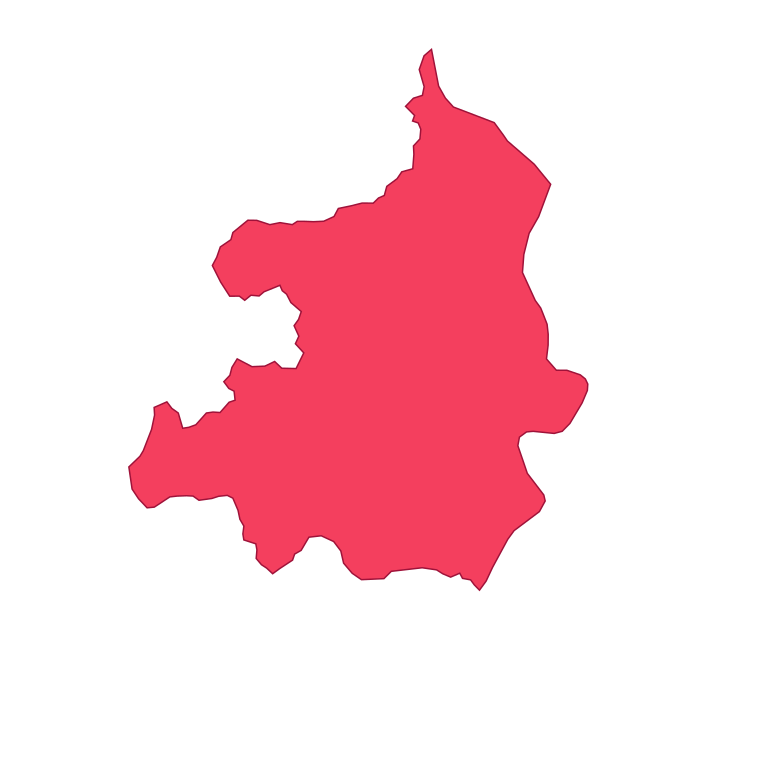 the district of Taquari, Rio Grande do Sul, Brazil, rotated 228°
{"feature_id": "56859067B40786512942851", "entity_name": "Taquari", "entity_type": "district", "adm_level": 2, "iso_a3": "BRA", "parent_name": "Brazil", "parent_adm1": "Rio Grande do Sul", "projection": "albers", "projection_center": [-51.816, -29.739], "detail": "fine", "context": "isolated", "style": "filled", "palette": "rose", "viewbox_px": 768, "rotation_deg": 228, "n_neighbors": 0, "source": "geoboundaries", "source_scale": "gbopen_adm2", "svg_char_len": 2259}
<svg xmlns="http://www.w3.org/2000/svg" viewBox="0 0 768 768"><g transform="rotate(228 384 384)"><path d="M169.2,328.0L175.1,342.0L185.8,372.1L188.0,382.6L185.2,414.1L189.2,425.5L194.6,428.5L221.7,430.7L231.0,434.7L248.6,442.2L253.9,449.1L253.0,457.9L249.0,463.2L233.4,477.4L229.6,484.8L230.3,495.8L237.4,518.6L243.1,530.8L247.6,535.4L253.0,537.0L259.4,536.0L271.8,529.1L278.9,521.3L293.9,521.5L303.1,532.0L311.1,539.3L319.3,545.2L330.4,549.4L335.6,551.3L344.9,552.3L374.2,561.5L386.7,574.6L398.9,592.7L404.9,610.9L420.9,641.5L446.8,642.7L482.0,638.3L488.6,639.2L504.5,640.8L543.4,620.9L555.4,620.9L568.8,623.9L600.9,643.2L601.1,633.4L594.1,620.6L578.1,612.8L572.8,605.7L576.7,597.1L575.9,585.8L563.1,586.4L560.3,581.2L555.1,584.1L548.7,581.8L542.1,574.7L541.2,565.2L534.7,559.9L524.7,549.4L529.8,539.2L527.8,531.1L529.0,518.3L523.9,510.4L525.9,504.4L525.6,497.0L533.1,488.8L538.7,478.3L545.0,467.5L541.9,458.9L545.3,448.1L551.8,440.2L558.4,433.4L562.9,428.4L563.8,422.5L573.5,414.7L578.8,405.8L590.8,398.9L596.8,392.4L597.7,373.1L593.7,366.8L595.4,354.1L590.1,344.5L586.9,335.7L569.0,330.8L552.5,328.1L546.1,335.3L539.4,336.5L539.0,344.5L533.0,350.1L532.8,356.6L529.0,367.1L527.0,372.7L521.4,370.8L515.9,371.7L506.8,369.3L493.2,371.0L489.2,363.8L487.5,356.2L476.5,352.7L473.2,345.1L460.8,345.2L454.3,329.0L464.1,318.6L473.9,317.8L477.0,307.4L485.2,297.5L500.9,291.7L498.1,282.1L493.6,275.3L492.9,266.5L484.5,265.7L479.0,267.8L471.6,262.5L474.1,256.7L472.5,243.1L477.6,238.1L481.3,232.6L479.6,216.9L482.4,210.0L485.8,204.8L500.1,211.7L507.8,210.0L516.0,210.7L520.4,197.5L514.4,192.7L505.8,180.9L495.5,160.5L493.6,154.3L493.1,138.9L474.5,126.5L462.9,124.8L450.5,125.1L446.2,130.9L443.4,149.3L439.1,155.3L433.1,162.5L428.5,167.1L421.4,168.7L414.1,179.5L411.2,186.0L406.1,193.0L400.3,195.3L387.8,191.0L379.9,186.4L372.2,184.8L367.0,178.8L361.9,175.5L351.0,181.8L345.7,178.5L339.9,172.3L331.7,172.0L325.7,173.6L317.5,174.3L316.6,183.1L314.3,198.2L317.4,203.8L315.8,211.1L320.4,225.7L313.2,235.8L300.6,241.2L288.8,240.2L277.9,234.1L264.6,233.7L253.7,236.3L239.4,253.7L239.9,264.1L221.9,289.4L210.7,298.7L203.6,300.7L195.9,304.3L192.7,313.7L187.0,312.3L180.5,317.3L174.3,316.7L166.9,317.0L169.2,328.0Z" fill="#f43f5e" stroke="#9f1239" stroke-width="1.5"/></g></svg>